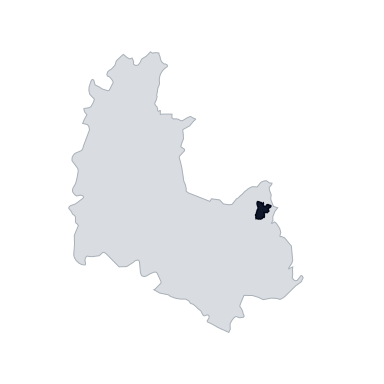 location of Coyah, Coyah, Guinea, rotated 202°
{"feature_id": "49546643B61702032280321", "entity_name": "Coyah", "entity_type": "district", "adm_level": 2, "iso_a3": "GIN", "parent_name": "Guinea", "parent_adm1": "Coyah", "projection": "natural_earth1", "projection_center": [-13.337, 9.751], "detail": "fine", "context": "in_parent", "style": "filled", "palette": "ink", "viewbox_px": 384, "rotation_deg": 202, "n_neighbors": 0, "source": "geoboundaries", "source_scale": "gbopen_adm2", "svg_char_len": 4977}
<svg xmlns="http://www.w3.org/2000/svg" viewBox="0 0 384 384"><g transform="rotate(202 192 192)"><path d="M231.7,254.3L228.9,253.9L227.6,254.5L223.9,259.5L221.6,261.5L218.1,260.9L216.9,261.3L215.9,260.7L217.2,257.9L219.0,252.4L223.6,246.8L223.7,245.7L221.8,242.4L219.8,238.0L219.8,233.2L219.4,229.8L215.3,228.9L214.6,228.3L214.5,227.1L216.8,221.2L216.9,220.0L216.7,218.9L214.2,215.9L210.3,210.3L203.5,198.8L201.0,196.4L198.6,192.9L197.7,190.6L195.2,189.8L171.9,190.0L171.4,193.0L163.4,195.0L158.4,192.7L152.9,194.0L150.2,195.6L148.2,202.3L147.0,203.7L145.8,206.7L144.7,208.4L143.5,211.7L140.9,216.4L138.1,219.5L133.5,221.1L132.0,226.1L130.9,227.9L129.1,229.4L127.2,230.3L123.4,229.4L121.2,230.2L120.9,229.0L122.1,225.1L121.1,223.0L117.4,218.9L117.1,217.0L116.0,214.4L111.1,209.2L106.6,209.5L107.9,205.1L107.8,199.2L106.3,196.0L106.7,192.8L105.8,193.0L104.3,195.2L101.9,194.5L97.0,191.0L94.5,187.7L94.2,184.8L93.6,183.7L92.1,184.3L89.0,184.2L79.6,179.1L73.0,166.2L72.8,163.3L73.8,158.3L73.6,157.0L70.5,160.3L69.9,158.1L67.6,152.9L66.9,149.9L64.6,148.6L62.8,148.4L61.4,149.4L59.6,155.4L58.2,155.4L56.8,154.1L57.1,149.6L60.7,143.9L66.8,129.7L69.0,126.5L70.3,125.3L73.2,125.2L78.8,123.3L85.6,118.9L90.9,119.2L97.0,118.7L105.1,115.6L105.2,106.1L104.9,103.9L102.1,102.0L100.4,100.4L99.0,98.3L97.2,96.7L97.3,95.2L100.9,93.1L104.1,93.2L105.2,92.4L106.0,91.0L107.0,87.6L107.3,83.9L105.1,79.0L105.3,75.6L117.1,76.1L123.6,77.0L128.9,77.3L129.7,78.1L129.0,81.5L129.7,83.4L131.5,84.0L134.4,81.6L136.0,82.2L139.3,85.1L142.4,85.9L145.8,87.4L148.9,88.3L151.8,88.2L153.9,89.8L157.8,90.3L162.9,88.3L166.9,87.4L172.6,87.1L175.5,87.8L184.1,86.2L190.8,87.1L189.8,88.2L186.7,95.9L187.1,97.2L193.9,103.7L195.5,104.2L197.4,103.3L200.3,100.3L202.7,97.1L204.9,95.5L207.5,95.6L209.6,97.9L214.5,107.5L215.7,108.7L216.9,108.6L219.0,106.9L220.1,104.8L224.6,98.4L231.6,95.3L248.2,102.5L250.7,103.1L252.1,102.5L254.1,98.2L260.4,94.6L263.4,93.6L265.1,93.4L265.8,92.3L266.1,90.5L265.7,88.7L263.8,85.5L263.7,84.5L264.8,83.9L267.2,83.4L270.3,83.7L273.8,85.1L276.6,87.2L278.2,89.6L281.4,99.7L284.9,107.7L284.8,118.3L286.4,119.4L288.1,119.8L288.9,120.7L290.6,125.1L292.2,126.3L294.1,126.6L297.7,129.4L300.0,130.5L300.4,131.4L300.3,132.5L299.4,134.0L295.9,137.0L294.2,139.5L290.7,145.5L290.6,146.6L291.4,147.4L292.8,147.6L294.4,147.2L297.6,145.0L300.2,145.8L302.7,147.4L303.6,149.2L303.8,151.5L303.3,154.4L303.2,157.7L304.1,163.3L305.4,169.0L306.7,171.0L314.9,176.0L315.7,177.8L316.1,179.9L315.5,182.8L314.7,184.3L310.2,188.8L309.5,190.8L309.9,194.7L310.3,211.2L312.1,214.0L314.2,215.4L319.1,214.6L319.0,219.2L318.4,224.3L321.3,225.9L322.7,227.4L323.5,228.9L319.0,231.6L317.7,233.2L317.1,237.5L317.2,241.4L323.4,244.3L325.7,247.6L326.8,251.0L327.2,257.5L326.7,259.0L325.1,259.0L322.0,255.0L317.2,254.6L313.7,253.9L307.8,254.4L306.8,255.6L306.1,264.2L307.5,265.6L310.4,267.3L312.2,267.9L313.7,267.8L314.9,268.8L315.2,271.6L314.4,273.7L312.8,275.7L310.9,280.6L311.3,285.2L308.0,292.5L307.1,293.9L302.7,292.4L299.8,292.0L297.7,293.8L294.9,291.0L294.3,288.8L293.3,288.3L291.4,288.3L289.6,289.5L288.8,291.8L288.4,296.5L285.2,300.9L283.0,306.4L280.4,305.9L279.8,306.6L277.0,308.0L274.6,308.4L274.0,306.9L272.6,305.8L271.0,303.4L269.2,301.5L265.9,300.2L264.5,300.8L262.9,300.6L261.9,299.9L262.0,298.8L263.8,295.9L264.8,293.2L265.3,290.4L265.3,287.6L264.4,283.7L262.8,280.7L262.5,278.9L262.6,276.4L262.3,274.0L261.8,272.8L261.0,268.3L260.1,267.5L259.6,263.9L259.8,260.2L258.5,258.8L256.4,257.8L255.2,256.4L254.4,254.8L253.7,254.3L253.0,254.4L252.5,255.4L251.8,255.6L250.6,252.2L250.1,252.1L249.2,252.9L239.7,256.7L238.5,253.4L236.7,252.8L233.5,254.1L231.7,254.3Z" fill="#d9dde1" stroke="#a8b0b8" stroke-width="1"/><path d="M113.8,209.3L114.3,208.8L114.6,208.6L115.0,208.5L115.5,208.8L115.9,208.7L116.1,208.4L116.4,208.3L116.6,208.4L116.6,208.8L116.9,208.8L117.2,208.5L117.7,208.3L117.9,207.8L117.9,206.9L118.3,206.3L119.0,205.8L119.3,205.7L119.7,205.9L119.9,205.8L120.2,205.8L120.4,206.0L120.7,206.0L121.2,206.3L121.4,206.6L121.3,207.7L121.4,208.0L121.8,208.6L122.4,207.6L123.0,207.4L123.7,208.1L124.4,208.1L125.1,207.7L126.0,208.0L127.4,207.8L127.7,207.3L127.6,206.6L127.5,206.4L127.4,205.7L127.1,205.2L125.8,203.4L125.6,203.4L125.2,203.1L124.9,202.3L124.6,201.8L124.5,200.5L124.8,199.6L124.7,199.1L124.4,198.4L124.4,198.1L124.6,197.7L124.5,197.2L124.1,196.2L124.3,195.6L124.5,194.8L124.2,194.0L123.7,193.6L123.2,192.6L123.2,192.0L122.7,191.7L122.5,191.3L122.0,191.8L121.9,191.8L121.7,191.9L120.4,191.7L119.9,192.3L118.6,192.4L117.3,193.5L117.1,193.8L117.2,194.0L117.0,194.4L117.0,194.7L116.9,195.0L116.8,194.9L116.7,195.1L115.7,195.4L115.6,196.0L115.8,196.6L116.5,198.3L117.5,199.3L117.7,199.9L117.0,200.1L116.3,200.3L116.2,200.6L115.6,200.9L114.5,201.1L114.5,201.6L114.4,201.7L113.7,202.7L113.6,203.0L113.8,203.4L114.0,203.6L114.9,204.5L115.1,204.7L115.1,205.2L114.9,205.7L114.6,206.0L114.0,206.7L113.5,207.8L113.6,208.8L113.8,208.9L113.9,209.2L113.8,209.3Z" fill="#0f172a" stroke="#020617" stroke-width="1.5"/></g></svg>